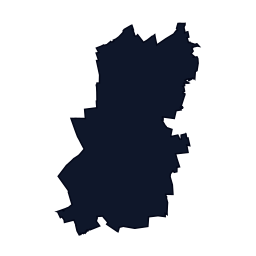 the district of West Rand, Gauteng, South Africa, rotated 351°
{"feature_id": "47623444B6623169143942", "entity_name": "West Rand", "entity_type": "district", "adm_level": 2, "iso_a3": "ZAF", "parent_name": "South Africa", "parent_adm1": "Gauteng", "projection": "orthographic", "projection_center": [27.638, -26.223], "detail": "fine", "context": "isolated", "style": "filled", "palette": "ink", "viewbox_px": 256, "rotation_deg": 351, "n_neighbors": 0, "source": "geoboundaries", "source_scale": "gbopen_adm2", "svg_char_len": 4803}
<svg xmlns="http://www.w3.org/2000/svg" viewBox="0 0 256 256"><g transform="rotate(351 128 128)"><path d="M88.1,102.8L87.4,112.0L77.3,110.2L77.3,110.4L75.5,110.0L73.2,109.6L75.7,122.9L76.9,128.7L78.1,132.0L79.3,135.7L79.6,136.6L80.6,139.4L81.3,141.3L81.5,142.0L76.7,146.1L75.0,147.4L70.6,149.4L69.8,149.7L66.6,152.0L61.3,155.4L60.4,156.3L51.5,164.8L59.3,180.4L59.3,182.2L59.1,182.3L59.2,182.9L59.3,183.7L60.3,191.6L60.8,194.9L56.8,197.2L54.7,197.6L53.8,197.9L50.5,198.5L51.7,199.7L51.6,199.8L49.6,198.7L44.9,199.5L45.4,199.7L47.2,205.9L48.8,205.3L50.5,208.6L50.5,211.3L60.2,210.4L61.5,216.1L61.2,216.2L61.6,221.7L63.1,225.9L63.5,225.7L63.8,225.6L64.2,225.4L64.3,225.4L64.4,225.5L64.3,225.8L64.5,225.8L64.6,225.3L64.7,225.5L64.9,225.5L65.0,225.5L65.1,225.4L64.9,225.3L65.2,225.3L65.3,225.2L65.6,224.9L65.8,224.9L66.2,224.9L66.4,224.8L66.4,224.7L66.9,224.6L67.0,224.7L67.1,224.8L67.1,225.0L67.4,225.2L67.5,225.0L67.7,224.9L67.8,224.8L68.0,224.9L68.2,224.7L68.3,224.6L68.5,224.6L68.4,224.8L68.6,225.0L68.8,225.0L69.0,224.9L69.1,224.7L69.3,224.6L69.4,224.4L69.4,224.5L69.5,224.5L69.6,224.9L69.8,224.7L70.0,224.6L69.9,224.3L70.0,224.3L70.3,224.2L70.5,223.9L70.5,223.6L70.4,223.4L70.5,223.4L70.6,223.5L70.9,223.5L70.8,223.2L71.0,223.0L71.0,223.3L71.4,223.2L72.1,223.2L72.3,223.2L72.2,222.9L72.2,222.7L72.2,222.4L72.3,222.4L72.5,222.3L73.1,222.5L73.6,222.5L73.9,222.5L74.4,222.3L74.6,222.1L74.8,222.4L75.1,222.4L75.1,222.5L76.0,222.3L84.7,220.3L82.0,214.9L82.5,214.2L83.5,212.1L83.5,211.7L83.5,210.5L89.2,211.0L89.8,212.2L90.9,214.1L91.1,214.3L93.4,218.2L91.9,219.7L101.3,228.5L101.9,228.9L103.4,225.7L103.8,224.7L108.0,224.3L109.3,224.8L119.0,228.1L132.2,228.3L134.4,218.9L143.9,219.3L150.9,221.3L151.3,218.1L153.1,219.6L153.3,217.7L154.7,210.9L155.4,207.9L154.9,202.7L155.4,202.2L154.9,200.9L154.7,200.4L154.7,199.9L154.8,199.3L162.0,200.6L162.9,191.0L161.9,182.8L162.7,179.9L165.7,177.3L166.7,179.0L169.4,178.8L170.2,174.4L172.8,174.4L171.5,166.1L170.9,160.9L183.5,161.5L183.3,154.0L186.2,155.1L185.7,147.4L185.7,147.2L184.3,147.1L184.3,143.2L184.3,142.9L184.2,142.7L184.0,142.9L179.4,143.3L178.9,147.2L177.4,147.3L176.1,142.8L169.2,143.2L169.3,141.4L171.2,136.3L166.1,133.6L165.9,132.7L165.4,132.2L165.5,132.1L165.2,131.8L162.9,125.9L163.2,126.0L163.8,125.9L164.0,125.1L164.2,123.5L163.7,123.3L163.8,122.4L175.2,125.8L178.2,118.4L183.3,118.4L183.0,116.7L183.6,116.9L184.0,117.0L184.9,117.0L185.0,116.7L185.3,116.4L185.2,116.2L185.1,115.8L185.0,115.5L184.4,115.1L184.1,115.1L183.8,114.9L183.7,114.8L183.9,114.7L188.7,105.2L189.0,104.8L189.4,103.8L189.2,103.7L189.4,103.0L187.9,102.5L187.9,102.2L188.0,101.7L187.9,101.4L187.9,101.0L188.1,101.0L188.4,100.7L188.6,100.6L188.8,100.7L189.1,100.8L189.3,100.8L189.4,100.7L189.5,100.7L189.6,100.4L189.6,100.1L189.6,99.9L189.6,99.7L189.6,99.4L189.5,99.1L189.4,98.8L189.6,98.4L189.5,98.2L189.3,98.0L189.3,97.9L189.4,97.7L189.5,97.7L189.4,97.2L189.5,97.1L189.4,96.9L189.1,96.2L188.6,95.4L190.5,95.1L190.6,94.9L190.6,94.6L190.7,93.9L190.5,93.5L190.5,93.4L190.4,92.8L190.3,92.7L190.1,92.5L190.2,92.4L194.8,93.2L195.2,93.1L191.7,90.1L192.1,89.5L194.9,88.8L195.6,90.8L195.8,90.7L195.7,90.6L196.4,90.2L196.4,89.6L196.2,89.7L195.9,89.1L196.1,89.0L197.3,89.1L197.6,90.0L197.9,89.9L197.7,89.6L198.3,89.0L198.7,89.4L199.8,88.8L200.3,89.6L201.1,89.2L201.6,90.0L203.3,82.8L205.1,82.1L207.4,75.0L207.4,74.9L207.8,70.4L207.2,68.5L206.4,68.6L204.0,68.3L204.7,67.8L201.9,64.6L204.4,62.2L204.2,61.8L203.9,60.7L203.5,59.6L203.9,59.3L204.4,59.0L204.5,58.9L204.1,58.6L204.2,58.1L204.4,58.2L209.3,57.9L211.1,58.5L209.2,55.6L207.2,55.9L202.7,53.6L202.6,53.0L201.1,53.1L200.4,48.0L202.3,47.7L202.1,42.3L200.0,42.5L198.8,42.8L199.0,41.9L199.2,40.4L199.0,38.9L199.0,38.6L199.0,37.9L199.1,37.3L199.3,36.5L199.9,35.8L200.4,35.2L200.5,34.7L200.6,34.2L200.7,33.6L200.1,33.6L197.6,33.2L196.6,33.0L195.9,32.8L195.2,32.7L193.7,32.6L193.2,33.7L192.7,34.7L191.5,37.4L192.2,39.1L190.5,39.7L187.9,42.3L179.3,45.8L169.4,50.5L169.0,43.0L169.0,40.0L168.6,40.2L167.5,41.2L166.4,41.1L160.9,44.2L156.7,45.9L152.4,38.0L152.3,37.7L152.1,37.4L152.0,37.5L151.9,37.6L151.9,37.8L151.6,37.9L151.5,38.1L151.4,38.1L151.3,38.3L151.0,38.4L151.0,38.5L150.7,38.6L150.3,38.8L150.0,38.7L149.5,38.4L149.4,38.4L149.2,38.4L149.4,38.3L149.4,38.2L149.2,38.2L148.7,37.7L148.6,37.4L149.0,37.1L149.0,36.4L148.3,32.8L147.4,31.1L147.5,31.0L147.5,30.8L148.6,31.4L147.9,27.1L147.2,27.2L139.8,30.0L138.5,31.1L138.3,32.7L133.2,36.6L130.1,38.2L127.2,39.0L127.5,40.0L126.4,40.5L124.5,40.4L124.3,39.9L120.2,42.4L117.4,42.6L116.9,42.2L114.1,43.1L109.3,44.1L111.0,48.9L108.3,49.0L109.6,56.8L107.5,56.5L108.3,71.1L106.8,79.2L104.4,78.8L103.8,80.7L103.4,80.7L103.4,81.3L103.7,81.3L103.7,81.8L103.5,82.4L103.4,83.2L102.9,87.7L101.6,96.5L101.0,96.5L100.7,99.2L100.4,103.2L88.1,102.8Z" fill="#0f172a" stroke="#020617" stroke-width="1.5"/></g></svg>